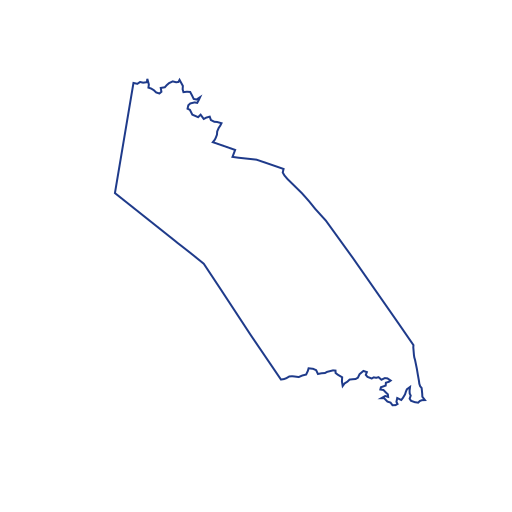 outline of Urupá, Rondônia, Brazil, rotated 58°
{"feature_id": "56859067B96121006788603", "entity_name": "Urupá", "entity_type": "district", "adm_level": 2, "iso_a3": "BRA", "parent_name": "Brazil", "parent_adm1": "Rondônia", "projection": "orthographic", "projection_center": [-62.372, -11.115], "detail": "fine", "context": "isolated", "style": "outline", "palette": "blue", "viewbox_px": 512, "rotation_deg": 58, "n_neighbors": 0, "source": "geoboundaries", "source_scale": "gbopen_adm2", "svg_char_len": 2252}
<svg xmlns="http://www.w3.org/2000/svg" viewBox="0 0 512 512"><g transform="rotate(58 256 256)"><path d="M458.2,186.7L455.7,185.5L453.4,185.8L450.9,185.2L448.5,184.1L441.8,181.4L437.0,179.4L428.4,176.2L425.9,175.5L423.6,174.5L416.8,171.0L415.0,169.7L392.5,170.7L378.3,171.4L309.0,174.9L263.1,178.0L247.6,180.8L237.7,182.0L227.0,183.8L207.5,188.5L202.8,189.2L199.4,189.1L196.8,186.5L191.7,190.6L183.3,197.4L174.5,204.6L163.2,219.0L159.5,223.4L155.0,217.5L138.3,230.9L136.6,232.3L135.5,229.2L134.3,227.3L132.4,224.8L129.8,222.9L127.6,219.7L126.5,217.2L125.1,214.9L121.7,218.0L120.1,220.2L116.8,222.2L113.3,221.4L112.3,224.8L112.1,227.7L106.8,228.1L107.6,231.5L102.4,235.1L97.0,234.6L94.8,236.0L92.3,233.5L91.8,230.9L93.2,226.7L95.0,224.7L93.4,221.9L91.7,219.3L91.8,223.5L89.8,225.6L86.1,225.2L82.0,224.9L80.1,227.5L78.6,230.7L75.8,229.9L73.0,227.9L66.1,227.5L67.3,229.5L66.4,231.6L63.8,234.1L63.3,238.1L63.8,241.2L64.6,243.9L63.0,247.7L66.6,249.2L67.0,251.8L64.4,254.0L61.2,254.8L58.4,256.2L56.2,258.0L53.8,256.0L48.2,254.3L50.8,256.4L49.2,259.9L47.0,262.1L47.1,265.4L44.3,268.2L127.9,342.3L200.7,316.5L203.7,315.5L208.2,313.8L210.7,312.9L221.8,308.9L234.9,304.4L264.9,303.6L319.1,302.4L322.3,302.3L374.0,300.3L375.2,297.5L375.7,295.0L375.8,291.6L377.1,289.1L378.5,287.3L381.3,283.9L381.9,280.0L383.1,276.3L380.9,272.9L379.1,270.9L381.9,267.4L384.7,265.5L388.9,266.0L390.1,262.7L391.8,259.5L391.9,257.2L393.0,253.8L393.8,251.3L395.3,249.3L397.4,250.5L400.1,249.5L404.5,247.2L407.9,249.6L412.2,251.4L411.0,248.4L411.0,245.1L410.4,242.1L411.7,239.4L413.1,236.7L413.2,234.1L411.1,230.8L410.4,225.8L413.2,223.5L415.0,225.9L417.6,225.5L421.2,222.8L421.3,220.5L423.0,218.6L423.7,216.3L427.4,215.2L427.8,211.5L429.4,209.4L433.0,207.8L433.1,210.0L432.3,213.0L434.6,214.7L433.5,219.6L435.1,221.3L437.2,218.9L440.1,218.3L443.2,217.5L445.5,218.6L443.2,220.6L443.0,225.1L444.5,222.7L446.8,222.2L449.1,221.7L451.6,219.6L454.9,219.3L456.4,216.7L456.5,214.4L454.1,214.2L451.3,211.5L455.1,209.1L454.1,206.4L452.3,202.9L450.4,200.7L449.0,198.7L448.7,194.8L451.7,197.2L454.0,198.5L456.4,198.8L458.4,201.3L460.9,201.3L464.1,198.8L466.3,196.2L465.8,193.9L466.2,191.7L467.7,189.1L463.5,189.5L461.0,188.1L458.2,186.7Z" fill="none" stroke="#1e3a8a" stroke-width="2"/></g></svg>